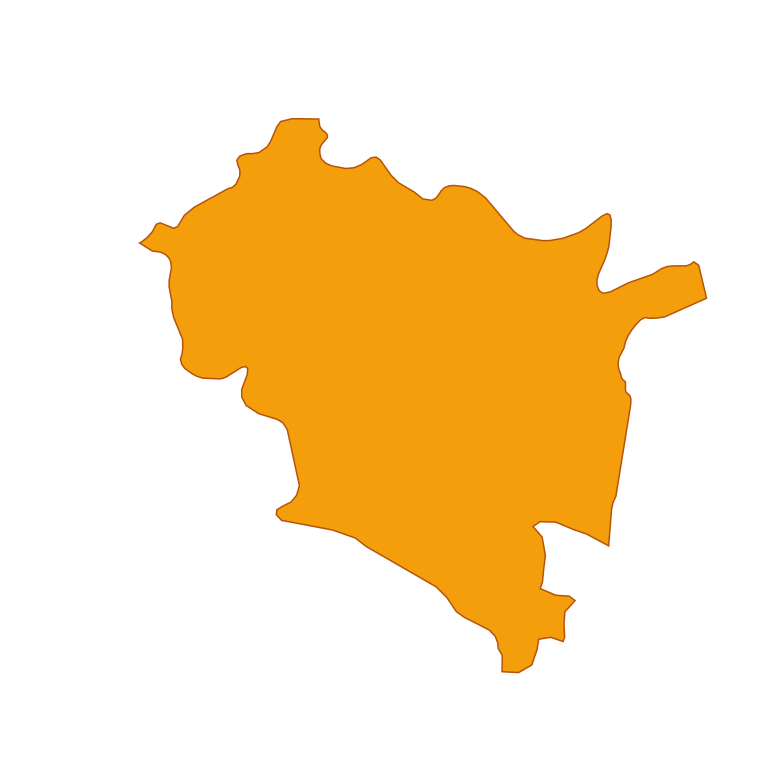 an SVG outline of Maseru, rotated 19°
{"feature_id": "LSO-1203", "entity_name": "Maseru", "entity_type": "District", "adm_level": 1, "iso_a3": "LSO", "parent_name": "Lesotho", "parent_adm1": "", "projection": "mercator", "projection_center": [27.777, -29.596], "detail": "fine", "context": "isolated", "style": "filled", "palette": "amber", "viewbox_px": 768, "rotation_deg": 19, "n_neighbors": 0, "source": "natural_earth", "source_scale": "10m", "svg_char_len": 2606}
<svg xmlns="http://www.w3.org/2000/svg" viewBox="0 0 768 768"><g transform="rotate(19 384 384)"><path d="M134.4,305.2L137.7,302.2L140.3,289.5L147.1,278.5L172.5,250.5L176.6,247.4L179.0,243.2L179.9,234.3L178.1,228.7L174.5,224.4L172.0,220.3L173.5,215.4L179.0,210.9L184.7,209.0L190.4,205.9L196.3,197.8L197.8,191.4L199.0,175.1L200.9,169.4L211.1,162.9L236.1,154.7L236.5,155.8L239.3,161.2L241.0,162.7L243.4,164.1L246.4,165.0L248.8,166.4L249.9,167.9L250.1,169.9L247.1,177.7L246.7,179.9L246.8,183.1L248.5,187.3L251.2,191.4L256.9,194.2L263.9,194.8L277.6,192.7L285.1,189.4L291.2,184.0L298.3,174.2L302.6,172.1L307.4,173.3L322.8,184.4L332.2,189.0L350.4,192.7L360.4,196.4L369.5,194.7L372.6,191.4L374.2,186.8L375.2,182.5L377.3,178.6L380.6,175.8L385.2,173.6L396.4,171.0L402.7,170.8L409.6,171.6L419.5,175.0L456.6,197.2L462.2,199.3L469.5,200.3L487.7,196.7L494.4,194.2L506.0,187.8L518.7,177.6L524.1,171.4L535.5,154.2L539.3,150.4L542.5,150.5L545.3,154.8L547.3,160.6L551.8,180.6L552.3,187.2L552.3,194.4L551.0,209.9L551.5,216.4L553.4,221.6L557.2,225.8L561.9,226.9L568.1,223.1L582.2,208.7L602.0,193.1L609.1,184.3L613.2,181.0L617.9,178.6L631.2,173.9L633.5,172.3L635.6,170.1L637.1,167.6L640.4,168.5L643.0,169.4L661.0,197.9L627.7,229.0L621.7,232.3L613.9,235.4L609.2,236.1L605.7,239.8L602.9,245.7L600.6,252.4L599.2,258.4L598.5,265.0L599.2,272.0L597.6,282.4L598.7,288.4L600.7,292.9L604.2,297.0L606.0,300.0L607.6,301.8L611.5,303.4L612.8,306.4L613.8,310.0L615.2,312.7L620.2,314.9L622.4,317.9L624.0,323.3L639.8,414.6L639.1,421.9L639.9,428.1L649.1,463.9L624.2,459.9L610.3,459.9L591.3,458.7L576.3,463.4L571.3,470.3L583.3,477.2L592.3,493.3L595.3,507.1L598.3,519.7L598.3,526.6L615.2,527.8L628.2,524.3L635.2,526.6L629.2,540.4L632.2,552.0L637.2,564.6L637.2,569.2L624.2,569.2L613.3,575.0L615.2,585.4L615.2,601.5L605.3,613.0L589.3,617.6L584.1,602.0L578.0,596.8L576.0,592.0L571.4,586.4L563.8,582.4L536.1,578.5L526.4,575.6L512.9,565.4L499.2,558.8L420.2,543.5L407.0,539.0L382.9,538.8L331.6,546.3L324.7,542.7L323.7,537.8L328.5,531.9L334.5,525.9L337.6,517.6L337.1,507.6L307.3,458.5L301.0,453.6L294.6,452.2L275.2,452.9L260.7,449.2L253.8,442.8L251.2,435.4L251.6,419.3L250.0,413.5L247.0,412.7L243.4,415.1L232.8,428.5L230.2,430.8L226.7,432.8L210.5,437.5L204.6,437.6L199.8,436.9L190.6,434.2L186.2,431.1L183.4,426.7L183.3,421.6L182.0,415.3L179.0,407.3L163.4,389.5L159.0,382.1L156.6,375.2L149.0,361.7L147.1,355.8L145.2,343.5L142.5,337.7L139.4,334.7L135.6,332.9L131.5,332.1L128.3,332.3L121.6,333.7L108.5,330.6L107.0,330.3L108.4,328.8L112.4,322.6L115.5,315.1L116.7,307.1L120.0,304.5L134.4,305.2Z" fill="#f59e0b" stroke="#b45309" stroke-width="1.5"/></g></svg>